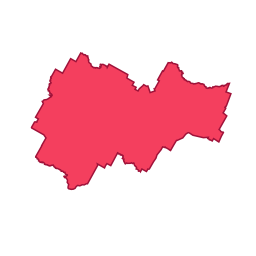 Central Goldfields, Victoria, Australia, rotated 111°
{"feature_id": "25037944B6031326285684", "entity_name": "Central Goldfields", "entity_type": "district", "adm_level": 2, "iso_a3": "AUS", "parent_name": "Australia", "parent_adm1": "Victoria", "projection": "natural_earth1", "projection_center": [143.694, -36.979], "detail": "fine", "context": "isolated", "style": "filled", "palette": "rose", "viewbox_px": 256, "rotation_deg": 111, "n_neighbors": 0, "source": "geoboundaries", "source_scale": "gbopen_adm2", "svg_char_len": 5713}
<svg xmlns="http://www.w3.org/2000/svg" viewBox="0 0 256 256"><g transform="rotate(111 128 128)"><path d="M52.5,113.2L52.6,113.9L62.4,115.3L62.3,116.2L72.5,117.6L72.8,115.7L82.3,117.1L82.3,117.3L83.7,116.1L87.0,120.0L81.6,124.5L82.4,125.5L81.9,128.9L83.0,129.2L87.3,131.5L89.8,131.9L89.4,135.3L87.1,135.0L86.6,139.3L83.1,138.8L81.9,146.6L81.4,147.0L78.2,147.3L75.2,168.6L79.0,169.1L78.3,169.6L77.9,169.6L77.7,169.9L78.1,170.6L77.8,171.8L77.6,172.1L77.7,173.1L77.5,173.6L77.8,174.8L78.2,175.3L78.3,176.4L78.4,176.6L78.7,176.6L78.9,175.6L79.6,175.2L80.2,175.5L80.5,176.4L81.0,176.2L81.1,175.6L81.3,175.2L82.6,176.0L82.7,176.4L82.6,177.1L82.9,177.5L82.7,178.0L82.8,178.8L83.1,179.4L83.6,179.6L83.4,180.6L83.9,181.1L83.8,181.7L84.0,181.9L83.8,182.2L83.7,183.1L83.4,183.3L83.3,184.5L81.5,185.6L81.0,187.5L80.5,188.3L79.8,188.6L79.3,189.1L78.5,188.9L77.8,189.8L76.7,190.4L76.2,191.4L75.8,191.5L75.4,191.2L75.2,191.3L75.2,191.7L75.6,192.7L75.4,193.1L75.5,193.6L75.0,193.9L75.0,194.6L75.1,194.9L75.6,195.5L75.3,196.4L74.9,196.9L74.6,197.5L75.1,198.2L74.9,199.0L84.7,200.4L83.8,206.4L100.3,208.7L99.1,216.7L107.4,217.9L107.3,218.7L107.5,218.4L108.3,218.4L108.7,218.1L108.9,217.7L109.1,217.5L109.9,217.9L110.5,217.9L110.9,217.4L111.2,217.3L111.7,217.8L111.9,217.8L112.0,217.5L112.6,217.3L112.9,216.5L113.2,216.4L113.4,216.0L114.4,216.2L114.4,216.4L114.7,216.7L114.8,217.2L115.7,217.1L116.3,216.5L116.8,216.7L117.9,216.3L118.4,216.7L119.3,216.2L119.9,216.7L121.0,216.5L121.2,216.3L121.3,215.6L121.9,215.5L121.7,214.6L122.6,214.2L122.8,213.5L124.0,213.2L124.0,212.7L123.6,211.9L124.0,211.1L124.8,210.6L125.3,211.4L125.6,212.7L126.3,210.9L128.7,212.7L129.7,213.3L130.7,214.3L131.4,215.7L132.2,216.7L133.4,217.0L133.8,217.5L134.0,217.1L134.3,217.1L134.8,216.7L135.2,215.9L135.9,215.8L151.1,218.2L151.7,214.9L154.2,215.4L154.9,215.1L155.3,215.4L155.4,216.5L155.9,217.4L162.0,218.3L162.5,217.9L164.5,204.2L166.7,201.0L175.4,202.3L175.5,202.1L187.7,203.9L188.3,203.7L188.3,202.6L188.7,202.3L188.7,202.1L189.3,201.7L189.1,200.9L189.6,200.6L189.8,199.9L190.7,199.7L190.7,199.2L191.2,198.5L191.2,197.9L191.5,197.6L191.2,197.1L191.2,196.4L190.8,196.4L190.5,196.2L190.6,195.6L191.1,195.6L191.1,195.4L190.4,194.7L191.0,193.3L191.8,192.9L191.6,192.4L191.7,191.8L191.5,191.5L191.7,191.1L191.2,190.1L191.5,189.6L191.6,189.0L191.4,188.8L191.6,187.8L191.1,187.3L191.1,186.8L190.9,186.5L190.3,186.3L189.8,185.1L189.4,184.7L189.9,183.9L190.2,183.8L190.3,183.3L190.8,182.9L190.8,182.3L191.0,182.1L190.8,181.9L191.0,181.3L191.5,181.0L191.4,180.1L191.1,179.5L191.0,179.0L191.2,178.4L191.1,177.8L191.5,176.8L191.2,176.2L191.5,175.6L191.9,175.2L191.9,174.6L192.2,174.6L191.7,173.3L192.4,172.2L192.0,170.9L192.8,170.6L193.5,169.8L193.5,168.0L193.8,168.0L194.1,167.7L194.9,168.2L195.8,170.3L196.1,170.5L196.3,170.4L197.0,169.1L196.7,168.5L196.8,167.9L198.1,166.0L198.9,165.6L200.5,165.3L201.9,163.2L204.2,162.9L205.5,162.5L206.0,161.5L205.6,158.9L204.6,157.0L203.3,155.8L201.3,155.4L199.7,154.5L199.5,153.9L199.4,152.7L199.2,152.3L198.7,151.6L197.5,150.6L197.2,149.9L196.8,148.5L195.1,147.0L194.8,146.6L194.6,145.8L173.6,142.9L172.5,143.7L173.7,135.6L171.3,135.5L168.8,134.9L169.3,130.6L154.1,128.7L155.0,128.6L155.6,127.9L155.6,127.4L155.3,127.1L155.3,126.7L155.1,126.5L155.1,126.1L155.4,125.7L155.7,125.7L155.9,125.5L155.7,125.0L155.8,124.6L155.2,124.3L155.4,123.5L155.7,123.2L155.6,122.8L155.8,122.5L156.7,122.5L156.8,122.2L157.2,122.0L158.4,122.4L158.5,121.9L158.8,121.4L158.6,120.6L160.1,120.4L160.5,119.8L160.9,119.7L161.0,119.2L161.6,118.8L162.4,117.8L162.4,117.5L161.2,116.8L161.2,115.8L160.2,113.4L159.9,112.8L159.2,112.4L159.3,111.8L159.6,111.2L159.1,110.7L158.6,110.1L159.1,109.5L159.7,109.3L160.7,108.2L161.0,107.6L160.9,107.3L161.1,107.0L161.3,107.0L161.5,106.3L161.7,106.0L162.2,105.7L163.3,105.7L163.2,105.0L163.4,103.6L163.9,102.9L164.5,102.7L164.0,101.6L164.0,101.0L164.3,100.7L161.3,100.3L162.0,95.2L160.0,94.8L159.4,94.9L159.0,93.8L158.6,93.4L150.4,92.1L146.2,91.1L142.7,91.3L136.3,89.3L133.2,88.9L133.1,87.7L132.5,86.5L133.0,86.3L132.8,85.3L133.4,81.4L133.6,81.4L133.8,80.2L127.3,79.2L122.2,78.3L122.0,77.7L117.6,73.3L113.1,71.9L111.2,70.6L110.7,69.8L110.6,69.1L111.5,64.8L110.0,54.1L107.9,49.7L109.2,49.8L109.5,47.7L109.8,47.7L109.8,47.3L109.6,47.2L109.9,44.7L107.2,44.3L108.5,38.2L102.3,37.9L98.0,37.3L97.8,37.5L98.0,38.5L98.1,39.8L97.1,41.3L96.8,42.4L81.3,40.1L79.8,44.6L74.7,43.8L74.1,44.9L73.2,44.7L73.3,44.3L71.6,44.1L59.1,44.2L59.2,49.4L50.0,49.3L50.6,50.4L50.7,51.0L51.3,51.4L51.6,51.3L52.3,51.3L52.4,51.9L53.2,52.4L53.5,53.0L54.2,53.2L54.7,53.6L54.6,54.1L54.1,54.7L54.5,55.1L54.9,56.0L55.7,56.2L56.0,56.8L56.6,57.2L56.6,57.6L56.9,58.1L56.9,58.6L57.1,58.9L57.1,59.8L57.3,60.2L57.6,61.3L58.7,62.3L59.2,63.5L59.9,63.2L60.6,64.0L60.9,64.7L60.7,65.5L60.9,66.4L61.4,66.8L61.9,66.8L61.9,67.4L62.4,67.8L62.3,68.3L62.6,68.7L62.5,69.1L62.5,69.6L61.6,69.9L61.6,71.3L61.2,71.7L60.9,71.8L60.7,72.2L60.2,72.6L60.1,72.8L60.3,73.2L60.1,73.6L60.1,74.4L60.3,74.8L60.3,75.1L60.8,75.5L60.5,76.8L60.7,77.2L60.4,77.6L60.6,78.6L61.7,79.8L62.0,80.5L62.4,80.7L62.7,81.6L63.3,82.2L63.3,82.9L63.1,83.2L63.5,84.7L63.6,85.7L62.6,87.0L62.9,88.7L63.4,89.2L62.8,90.4L62.9,90.8L62.6,91.0L62.5,91.4L62.5,91.8L62.7,92.0L62.7,92.8L61.8,93.1L62.0,93.5L61.8,94.0L61.4,94.3L61.5,94.7L61.2,95.1L61.0,95.7L60.1,96.4L59.4,96.6L59.4,97.0L59.1,97.1L58.3,97.1L57.6,96.2L57.1,96.1L56.9,96.6L57.2,96.9L56.9,97.4L56.4,97.4L56.6,97.9L55.4,98.5L55.5,99.0L56.0,99.5L56.2,100.4L55.8,100.6L55.7,100.8L54.6,101.9L53.5,102.3L53.4,102.6L53.8,103.2L53.1,103.8L51.6,104.0L51.2,104.3L51.1,104.9L51.3,105.7L51.1,106.2L51.3,106.6L51.2,107.2L51.7,109.2L51.0,110.4L51.0,111.0L51.9,111.3L52.0,112.1L52.2,112.8L52.5,113.2Z" fill="#f43f5e" stroke="#9f1239" stroke-width="1.5"/></g></svg>